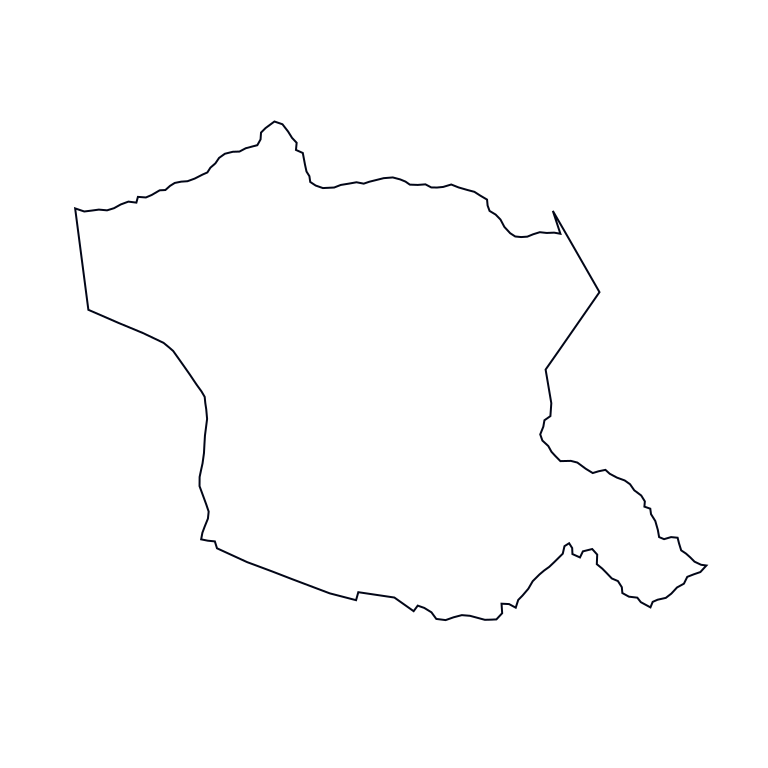 Pocinhos, Paraíba, Brazil, rotated 76°
{"feature_id": "56859067B52062450709607", "entity_name": "Pocinhos", "entity_type": "district", "adm_level": 2, "iso_a3": "BRA", "parent_name": "Brazil", "parent_adm1": "Paraíba", "projection": "mercator", "projection_center": [-36.082, -7.057], "detail": "fine", "context": "isolated", "style": "outline", "palette": "ink", "viewbox_px": 768, "rotation_deg": 76, "n_neighbors": 0, "source": "geoboundaries", "source_scale": "gbopen_adm2", "svg_char_len": 2829}
<svg xmlns="http://www.w3.org/2000/svg" viewBox="0 0 768 768"><g transform="rotate(76 384 384)"><path d="M347.0,152.7L285.5,170.1L256.9,178.3L280.9,176.5L278.3,182.3L276.8,189.6L274.4,196.1L274.8,203.0L275.7,209.3L274.6,215.4L272.6,221.0L268.2,225.1L260.7,229.2L252.6,231.2L246.6,234.7L241.6,239.7L235.9,240.3L230.0,239.4L224.4,245.1L219.4,249.8L216.0,256.0L211.3,264.1L206.7,270.5L207.1,278.9L206.2,285.0L204.7,290.6L200.3,295.5L199.0,303.1L196.8,310.7L192.8,314.2L189.4,318.8L185.7,325.5L184.2,334.5L184.2,343.9L184.2,349.3L184.7,355.2L181.6,361.9L181.1,369.4L180.4,377.8L181.3,384.8L179.1,395.9L174.9,402.3L170.1,406.7L164.3,406.1L159.1,407.8L152.2,407.6L140.2,406.9L135.6,412.8L128.8,410.4L122.9,413.7L115.8,416.0L107.4,419.7L102.8,426.8L107.0,437.0L110.3,442.5L116.8,444.6L121.6,449.1L121.8,461.1L123.5,468.0L122.1,474.5L122.1,482.7L124.7,489.3L129.1,494.2L132.1,500.1L136.0,504.2L136.9,509.4L138.9,518.0L139.7,525.6L138.6,531.8L138.3,538.4L140.0,543.7L142.9,549.2L141.8,554.8L144.4,563.7L145.4,569.9L142.9,577.5L148.1,580.4L145.2,587.9L146.1,596.0L148.1,603.4L148.5,610.7L145.8,618.5L145.0,625.8L144.1,633.1L138.9,641.2L240.5,652.9L260.6,626.7L276.3,605.5L290.8,587.9L296.2,583.9L300.9,580.6L317.0,574.3L328.2,570.0L334.9,567.6L339.8,565.8L347.0,562.9L353.1,561.1L359.2,562.0L365.5,562.6L375.1,564.1L384.6,567.8L390.7,570.2L399.0,572.8L407.5,575.4L417.2,579.3L422.8,582.1L429.6,585.4L438.5,587.7L449.5,586.5L457.9,585.6L465.4,585.0L472.0,587.4L479.0,592.5L484.4,596.2L490.5,599.0L493.4,592.9L495.8,586.2L503.0,585.8L523.8,559.8L527.8,553.9L539.0,537.6L551.1,520.4L574.0,487.3L587.0,463.4L579.8,459.3L593.7,425.6L611.6,410.2L607.2,404.9L611.0,399.1L617.0,393.2L624.6,390.1L628.0,381.3L627.2,372.9L627.1,364.4L629.7,356.7L633.3,350.2L637.2,343.2L638.5,337.4L639.6,331.9L635.0,324.8L625.6,323.1L627.8,315.9L632.9,310.3L626.0,306.0L622.8,300.8L617.6,293.5L611.3,287.4L606.4,279.2L603.7,273.7L601.4,267.9L597.9,261.7L591.9,251.6L585.0,248.1L583.3,242.9L588.7,241.1L594.6,242.3L599.7,235.8L594.5,231.5L594.5,221.9L601.1,218.4L610.3,221.1L615.9,216.9L621.3,213.7L627.8,210.0L631.8,204.7L638.7,202.4L644.5,203.3L649.6,197.8L652.6,189.9L657.8,187.6L665.2,179.5L660.4,176.0L659.5,170.7L659.7,162.3L656.9,155.9L652.3,148.9L650.3,141.3L644.5,136.4L643.6,129.4L643.0,122.5L638.1,115.1L636.1,120.1L631.5,125.7L626.3,128.8L621.6,132.0L617.3,135.9L609.8,136.3L604.2,136.3L602.0,142.5L602.3,149.8L599.1,154.1L591.9,153.6L582.6,153.9L574.9,156.4L569.4,155.8L566.0,161.0L561.0,159.3L554.4,161.4L547.7,166.9L540.8,169.5L535.8,173.8L531.2,180.6L525.7,186.7L520.9,189.9L520.6,196.9L520.9,203.0L515.0,208.8L507.0,215.4L503.8,221.3L501.5,231.5L495.1,235.3L490.3,237.9L483.9,239.6L477.2,244.0L470.7,244.6L463.9,239.7L458.0,237.1L455.4,230.3L443.1,226.3L409.1,223.7L393.2,205.4L347.0,152.7Z" fill="none" stroke="#020617" stroke-width="2"/></g></svg>